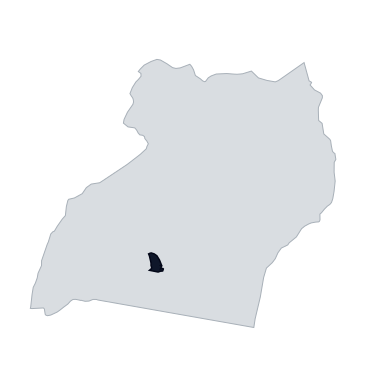 Uganda, with Kalungu highlighted, rotated 10°
{"feature_id": "UGA-5620", "entity_name": "Kalungu", "entity_type": "District", "adm_level": 1, "iso_a3": "UGA", "parent_name": "Uganda", "parent_adm1": "", "projection": "orthographic", "projection_center": [31.834, -0.095], "detail": "fine", "context": "in_parent", "style": "filled", "palette": "ink", "viewbox_px": 384, "rotation_deg": 10, "n_neighbors": 0, "source": "natural_earth", "source_scale": "10m", "svg_char_len": 2651}
<svg xmlns="http://www.w3.org/2000/svg" viewBox="0 0 384 384"><g transform="rotate(10 192 192)"><path d="M276.4,314.7L270.8,314.7L261.6,314.7L252.4,314.7L243.2,314.7L234.0,314.7L224.9,314.7L215.7,314.7L206.5,314.7L197.3,314.7L188.1,314.7L178.9,314.7L169.8,314.7L160.6,314.7L151.4,314.7L142.2,314.7L133.0,314.7L123.8,314.7L118.4,314.7L117.3,314.6L116.6,314.4L113.1,315.0L109.5,317.3L105.7,318.2L101.6,317.9L101.1,318.1L99.1,318.0L96.1,317.9L93.4,318.5L91.3,320.5L89.2,323.9L85.5,327.8L82.5,331.2L80.0,333.7L74.3,337.7L71.2,338.9L69.6,338.7L68.7,338.0L66.9,332.8L65.8,332.0L54.6,334.6L53.0,334.7L53.1,333.1L52.3,320.9L52.2,313.5L53.6,308.8L54.5,303.4L54.5,298.7L56.6,290.6L55.8,285.8L58.5,268.8L59.2,266.1L60.2,257.9L61.8,255.4L63.3,254.4L65.2,249.3L68.9,241.3L71.4,237.2L70.8,228.1L71.2,222.0L71.8,220.6L77.2,218.3L84.2,212.7L87.2,206.0L91.4,201.7L99.5,198.9L123.5,176.0L134.7,163.7L139.5,157.3L139.7,155.1L140.6,152.1L138.7,149.7L136.3,147.6L135.6,145.7L133.6,144.7L130.7,144.8L128.8,143.3L126.7,140.6L124.5,138.8L117.7,139.0L112.5,136.1L112.5,132.3L114.6,124.6L118.6,115.9L118.8,113.5L118.2,111.4L117.3,109.7L115.5,107.9L113.8,105.9L115.1,99.6L117.6,93.4L119.7,90.4L121.7,86.9L121.1,84.1L118.2,82.7L119.7,79.9L122.9,75.3L129.0,70.6L134.4,67.5L138.0,67.5L144.9,70.0L151.3,72.9L154.7,73.1L158.9,71.8L167.7,66.6L169.8,68.3L172.3,71.4L175.1,76.7L180.6,79.1L183.2,80.7L185.1,81.2L186.1,80.8L188.2,76.7L190.7,74.4L195.4,71.6L205.7,69.3L213.0,68.6L216.1,68.2L221.3,66.8L229.5,62.6L237.6,68.1L246.4,69.1L254.9,69.1L257.5,67.4L258.9,66.1L267.8,57.2L279.9,45.1L288.0,62.2L290.7,63.2L290.4,64.6L289.7,66.1L294.9,70.2L301.4,72.3L303.7,74.5L304.0,76.7L301.8,86.7L302.2,89.6L304.3,99.6L308.2,101.8L311.7,111.9L318.6,116.2L319.6,117.4L321.2,122.3L323.3,127.6L325.0,128.9L326.0,129.2L328.0,134.9L326.9,138.1L328.5,147.8L331.1,156.4L331.8,166.8L331.8,171.3L331.8,174.1L331.2,178.1L329.9,180.3L327.7,182.5L325.3,186.0L323.2,189.8L321.8,191.6L322.9,197.2L322.6,198.7L322.0,199.4L318.9,200.2L314.9,201.7L312.5,203.2L309.0,206.0L306.3,209.1L302.6,218.1L296.5,225.2L295.5,227.5L289.7,231.7L287.2,236.9L285.6,243.2L283.3,247.7L278.5,254.0L277.4,263.8L277.5,283.5L276.2,305.9L276.4,314.7Z" fill="#d9dde1" stroke="#a8b0b8" stroke-width="1"/><path d="M170.6,263.3L171.9,264.8L174.8,269.5L174.0,269.9L174.7,270.2L175.0,270.2L174.8,271.0L174.3,273.1L176.1,272.4L176.6,272.4L177.1,272.7L177.1,273.5L176.8,274.9L174.7,275.5L172.5,276.7L163.7,276.5L165.2,274.7L165.5,273.6L164.4,271.5L164.0,269.1L163.1,266.9L161.9,264.1L161.2,262.4L160.0,260.5L161.1,259.7L162.4,259.1L165.5,259.5L167.4,260.4L168.4,260.8L170.6,263.3Z" fill="#0f172a" stroke="#020617" stroke-width="1.5"/></g></svg>